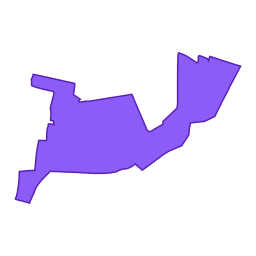 Marg, Al Qahirah, Egypt (Natural Earth projection)
{"feature_id": "37247803B51665438591487", "entity_name": "Marg", "entity_type": "district", "adm_level": 2, "iso_a3": "EGY", "parent_name": "Egypt", "parent_adm1": "Al Qahirah", "projection": "natural_earth1", "projection_center": [31.344, 30.156], "detail": "fine", "context": "isolated", "style": "filled", "palette": "violet", "viewbox_px": 256, "rotation_deg": 0, "n_neighbors": 0, "source": "geoboundaries", "source_scale": "gbopen_adm2", "svg_char_len": 5497}
<svg xmlns="http://www.w3.org/2000/svg" viewBox="0 0 256 256"><path d="M32.6,77.1L31.7,78.5L31.3,79.4L31.4,80.2L31.5,81.1L31.6,82.1L31.6,83.0L31.6,84.1L31.5,85.2L32.3,85.9L33.0,86.2L33.7,86.4L35.9,87.2L36.8,87.5L37.9,87.8L39.0,88.0L39.9,88.3L42.8,89.1L43.8,89.4L45.6,89.8L46.6,90.0L47.3,90.2L48.1,90.4L49.0,90.5L49.6,90.7L50.3,90.8L51.3,91.0L52.1,91.2L53.2,91.5L54.1,93.1L53.6,95.1L53.3,96.4L52.6,98.9L52.3,100.2L52.0,101.4L51.0,105.1L50.7,106.1L50.5,106.9L50.4,108.0L50.5,109.0L50.7,111.0L51.0,114.1L50.9,115.0L50.9,115.8L50.8,116.7L50.7,117.6L50.6,119.1L50.5,120.4L53.4,120.8L53.4,121.9L53.7,123.3L53.9,124.8L53.0,124.5L52.0,124.2L51.3,124.1L50.4,124.0L48.8,123.8L48.2,124.4L48.2,125.8L48.0,126.9L47.5,127.6L47.3,128.6L47.1,130.2L46.9,132.0L46.8,133.9L46.7,136.9L46.6,139.3L46.3,140.6L44.1,140.5L40.4,140.4L38.8,140.4L38.2,143.6L37.3,147.9L36.5,153.0L35.6,162.0L35.3,165.8L34.7,170.7L33.7,170.5L32.1,170.5L28.9,170.7L27.4,170.7L26.4,170.8L24.1,171.1L22.8,171.2L21.6,171.3L20.7,171.3L19.4,171.5L19.1,177.2L19.1,178.6L18.7,183.1L18.3,186.5L17.4,192.2L16.4,196.8L15.9,197.3L15.4,199.1L15.9,199.3L16.9,199.6L17.5,199.8L18.0,200.0L18.8,200.2L19.6,200.4L19.8,200.5L20.0,200.5L20.3,200.6L20.7,200.7L21.4,200.9L22.0,201.0L22.4,201.0L22.5,201.1L22.9,201.1L23.1,201.2L23.6,201.3L25.0,201.8L25.4,201.9L26.4,202.2L27.3,202.4L27.8,202.6L28.9,202.9L29.1,203.0L29.5,203.1L29.5,202.8L29.9,202.0L30.2,201.2L30.3,200.9L30.9,199.6L31.8,197.6L32.7,195.5L33.4,194.1L33.6,193.6L34.1,192.3L34.3,192.0L34.3,191.8L34.5,191.4L34.8,190.5L35.0,190.0L35.3,189.1L35.7,188.4L35.8,188.1L36.1,187.7L37.0,186.1L37.5,185.4L37.7,185.1L37.8,184.8L38.0,184.6L38.4,184.1L40.0,182.0L40.4,181.5L40.7,181.1L41.3,180.5L41.5,180.2L42.0,179.7L42.6,179.1L42.8,178.9L43.0,178.6L44.5,177.1L45.9,175.7L46.6,174.9L46.8,174.8L47.1,174.5L47.3,174.3L47.5,174.1L47.9,173.7L48.8,172.8L49.7,171.8L50.3,171.3L50.6,171.3L51.1,171.4L51.3,171.4L51.6,171.4L51.8,171.4L52.6,171.5L53.0,171.5L54.2,171.5L54.5,171.5L56.0,171.6L56.4,171.6L57.3,171.6L57.5,171.6L58.0,171.6L58.7,171.6L59.1,171.6L59.5,171.6L60.4,171.7L61.2,171.7L61.4,171.7L62.1,171.8L62.7,171.9L63.5,171.9L64.1,171.9L64.6,171.9L64.8,172.0L65.0,172.0L65.4,172.0L65.9,172.0L66.2,172.1L66.6,172.0L66.9,172.1L67.6,172.1L68.1,172.1L68.3,172.1L69.3,172.1L70.3,172.1L71.9,172.2L73.7,172.3L75.2,172.3L76.7,172.4L77.6,172.5L79.4,172.5L80.1,172.6L89.6,173.1L90.0,173.1L90.6,173.2L90.8,173.2L91.2,173.2L91.9,173.2L92.2,173.3L92.8,173.3L93.2,173.3L93.8,173.4L94.0,173.4L94.6,173.4L95.1,173.4L95.6,173.4L96.8,173.4L98.0,173.4L99.5,173.3L99.9,173.3L100.6,173.3L101.4,173.3L102.3,173.3L102.5,173.3L103.0,173.3L104.4,173.3L104.6,173.3L105.1,173.2L105.6,173.1L106.7,173.1L107.2,173.1L107.4,173.1L108.8,173.0L109.2,173.0L109.5,173.0L109.9,173.0L110.2,173.0L110.5,172.9L110.8,172.9L111.1,172.8L111.2,172.6L111.5,172.5L112.0,172.5L112.3,172.5L112.8,172.4L113.8,172.2L115.0,172.1L115.4,172.0L115.9,171.9L116.1,171.9L116.3,171.8L116.4,171.7L116.6,171.6L117.1,171.4L117.8,171.0L118.1,170.9L118.7,170.6L119.2,170.4L120.1,170.0L120.4,169.9L120.8,169.8L121.1,169.7L121.7,169.3L122.6,169.2L123.3,169.1L124.0,169.0L124.5,168.9L124.8,168.9L125.3,168.9L125.5,168.9L125.9,168.8L126.7,168.6L127.2,168.6L127.5,168.5L127.7,168.4L127.9,168.3L128.4,168.1L128.9,167.9L130.2,167.2L131.0,166.8L131.5,166.6L131.8,166.5L132.0,166.4L132.6,166.0L133.1,165.5L133.8,164.9L134.0,164.8L134.5,164.5L134.8,164.2L135.0,164.0L135.1,163.9L140.1,168.3L142.3,170.2L163.4,154.5L169.1,151.0L181.7,145.7L188.8,134.9L189.2,129.7L190.4,122.9L204.4,121.4L214.7,116.5L221.7,102.6L223.0,99.8L223.9,98.2L225.2,95.6L226.3,93.7L227.8,90.8L229.5,87.1L230.1,86.0L231.1,84.1L232.1,82.3L234.7,77.4L235.2,76.3L237.2,72.6L238.0,71.0L238.5,70.0L239.7,68.0L240.6,66.1L235.9,64.8L235.0,64.5L229.6,62.8L226.7,61.8L225.9,61.6L221.8,60.4L217.7,58.9L209.9,56.4L209.3,58.1L208.5,60.6L208.2,59.9L207.6,59.1L206.9,58.4L206.1,58.1L204.3,57.4L202.7,56.8L200.3,55.9L199.7,55.7L198.7,55.9L198.3,57.1L198.3,58.4L198.3,59.6L198.3,61.0L198.1,62.0L197.1,62.9L196.1,62.2L195.2,61.7L193.7,60.7L192.8,60.1L191.1,59.0L189.2,57.7L188.4,57.2L186.8,56.2L186.0,55.8L185.3,55.4L184.6,55.1L183.9,54.8L183.3,54.5L182.6,54.2L181.7,53.9L180.2,53.3L179.4,53.1L178.6,52.9L178.0,54.9L177.8,63.1L177.7,65.6L177.6,77.9L177.6,81.8L177.6,87.8L177.6,91.5L177.6,95.2L177.6,102.6L177.2,107.6L176.5,108.6L175.4,109.7L171.0,113.8L166.3,118.3L165.7,118.9L165.0,119.5L164.1,120.3L163.2,121.2L162.8,122.0L163.0,123.0L163.1,124.0L162.5,124.5L161.2,125.2L158.9,126.6L157.8,127.2L155.9,128.3L154.7,129.0L154.0,129.4L153.2,130.0L152.2,130.7L151.2,131.2L150.2,131.4L149.4,131.5L148.4,131.2L147.4,130.4L146.6,129.1L146.2,128.1L145.5,126.4L144.9,125.2L143.7,122.2L143.3,121.2L142.9,120.3L142.6,119.4L142.2,118.7L141.2,116.4L140.4,114.5L140.0,113.5L139.4,112.3L138.9,111.3L137.7,108.3L137.2,106.9L135.9,103.9L134.7,101.2L133.8,98.8L133.5,98.0L133.0,97.0L132.6,96.1L131.9,94.3L124.3,95.6L123.5,95.7L122.1,95.9L119.2,96.4L116.6,96.8L111.4,97.6L109.5,97.9L108.6,98.1L102.9,99.0L100.0,99.5L96.9,100.0L95.6,100.2L94.9,100.4L94.0,100.5L93.2,100.6L92.3,100.7L90.9,101.0L89.7,101.2L88.6,101.2L87.8,101.2L85.9,101.2L80.6,102.0L79.8,102.0L78.7,100.9L79.2,100.2L80.3,99.2L79.6,98.8L78.8,98.3L77.7,97.6L76.7,96.8L76.0,96.3L75.0,95.8L73.6,94.9L73.7,93.4L73.9,91.9L74.2,89.7L74.3,88.3L74.5,87.1L74.8,85.1L74.7,83.6L73.8,83.2L70.5,82.5L69.6,82.3L68.5,82.0L67.0,81.7L62.8,80.8L59.7,80.1L56.6,79.4L54.1,78.9L52.8,78.6L50.6,78.1L47.7,77.4L44.6,76.8L41.4,76.1L33.2,74.3L32.6,77.1Z" fill="#8b5cf6" stroke="#5b21b6" stroke-width="1.5"/></svg>